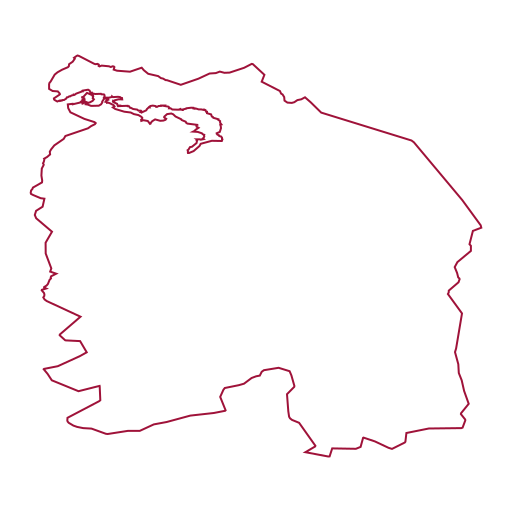 outline of Beiarn nor, Nordland, Norway
{"feature_id": "86288312B82396448317791", "entity_name": "Beiarn nor", "entity_type": "district", "adm_level": 2, "iso_a3": "NOR", "parent_name": "Norway", "parent_adm1": "Nordland", "projection": "natural_earth1", "projection_center": [14.512, 66.892], "detail": "fine", "context": "isolated", "style": "outline", "palette": "rose", "viewbox_px": 512, "rotation_deg": 0, "n_neighbors": 0, "source": "geoboundaries", "source_scale": "gbopen_adm2", "svg_char_len": 5822}
<svg xmlns="http://www.w3.org/2000/svg" viewBox="0 0 512 512"><path d="M481.3,227.7L480.7,225.3L462.2,200.0L413.9,142.3L411.5,140.5L321.2,112.6L310.6,102.2L305.0,97.3L301.3,99.3L297.4,100.1L294.3,102.2L291.8,102.9L287.4,102.6L284.5,100.6L284.2,97.1L282.6,94.5L281.1,93.6L279.9,91.0L261.7,81.7L264.4,74.8L252.8,64.1L251.7,63.9L244.1,67.8L229.6,72.6L224.4,72.8L219.8,71.6L215.8,73.1L209.6,73.5L198.4,78.7L180.8,84.8L167.0,80.2L165.6,80.1L163.1,78.6L160.9,78.1L158.2,76.1L148.2,73.8L143.8,70.2L141.7,67.7L130.0,71.7L117.0,70.7L113.7,69.6L114.4,67.1L113.8,66.5L112.6,66.3L110.8,67.0L109.0,66.3L101.7,65.6L99.5,66.4L98.6,65.9L98.8,64.6L97.6,63.9L95.4,64.2L94.2,63.8L79.1,56.0L77.6,55.5L76.7,55.9L74.0,57.8L74.8,58.7L72.7,61.7L69.1,64.2L68.8,66.3L67.9,67.2L62.1,69.7L57.5,72.3L54.7,74.6L50.6,81.6L49.5,82.8L49.1,84.2L49.1,88.9L52.6,91.0L57.8,91.4L59.7,93.5L59.9,94.2L59.3,94.8L53.9,98.4L54.1,99.5L54.8,100.1L57.3,101.5L59.4,100.6L60.3,100.5L60.3,100.9L62.1,100.5L62.3,100.1L64.0,100.0L66.2,98.6L66.8,97.4L68.0,97.2L69.3,96.3L70.1,96.4L71.5,95.5L73.8,95.0L73.8,94.6L74.6,94.8L76.2,93.6L81.4,91.7L81.6,91.3L82.8,91.3L82.8,90.6L88.1,89.7L89.6,90.6L90.5,92.7L91.9,92.7L91.9,93.3L95.2,94.0L101.0,93.8L101.4,94.3L103.9,94.4L104.5,95.1L104.6,96.3L104.0,97.4L105.2,97.7L108.9,97.7L112.2,96.9L112.2,96.5L113.0,97.1L118.0,96.8L120.1,97.1L120.9,97.8L122.0,98.0L122.2,99.4L118.5,99.3L114.8,100.3L114.4,101.1L113.1,100.7L112.9,101.5L113.3,102.1L117.1,103.8L117.7,105.6L119.4,105.6L119.0,106.1L127.6,105.8L127.7,106.2L128.9,106.2L130.2,107.9L131.0,107.9L133.1,109.0L137.2,109.6L138.5,110.7L140.9,110.7L141.6,111.4L141.0,112.0L141.8,112.0L141.8,112.4L146.3,110.3L146.9,109.1L148.7,107.4L149.6,107.4L149.3,106.8L150.4,106.0L152.8,105.6L155.7,106.1L156.1,106.9L157.0,106.9L158.6,106.0L161.1,105.9L161.1,105.5L164.4,105.5L164.0,105.9L168.5,106.7L169.2,107.5L169.0,108.3L170.6,108.3L172.3,109.5L178.5,109.7L180.1,109.1L180.1,109.6L182.6,109.5L182.6,110.0L183.0,110.0L183.8,109.2L186.1,108.7L186.3,108.3L191.2,107.7L193.3,107.8L193.3,108.3L194.6,108.3L194.6,108.7L196.2,108.6L198.7,109.4L201.2,109.4L204.5,110.1L204.5,109.7L205.5,110.1L206.2,111.8L207.0,111.8L207.0,113.2L211.1,114.4L211.8,116.5L213.0,117.1L213.3,117.8L218.2,119.2L218.0,119.6L220.1,121.1L220.1,122.7L221.2,124.2L220.4,124.2L220.2,124.8L220.6,125.2L221.0,128.1L219.8,131.9L215.9,133.6L216.8,133.6L217.4,134.6L219.1,135.4L219.3,136.1L221.1,136.5L222.0,137.7L222.0,139.2L222.4,139.4L221.8,141.0L211.8,140.8L200.7,143.8L199.5,146.0L193.6,151.1L189.0,153.0L187.1,152.9L188.2,152.6L187.6,150.2L188.4,149.7L190.0,147.1L191.9,146.8L196.5,143.1L197.0,140.9L196.6,140.3L197.4,139.7L196.8,139.3L200.0,139.3L200.7,139.7L203.7,139.1L202.9,138.4L203.7,137.7L204.3,136.4L204.0,135.3L204.2,134.8L202.8,134.3L201.9,133.3L197.7,131.9L193.2,131.6L194.6,130.9L195.5,129.8L198.5,127.8L196.6,126.7L196.3,125.5L196.8,125.2L196.6,125.1L196.8,124.8L187.4,123.6L186.2,122.8L185.7,121.7L181.6,120.0L181.3,119.3L175.5,116.5L173.2,114.3L171.3,113.5L167.1,114.1L164.4,116.5L164.1,117.1L164.6,117.8L166.2,118.8L165.5,119.8L163.3,120.6L160.2,120.8L155.1,119.4L152.2,121.2L150.9,122.7L150.6,123.6L150.0,123.9L147.8,121.0L143.4,120.2L141.3,120.9L141.1,119.8L142.1,118.8L142.3,117.9L141.5,116.9L138.5,115.1L133.9,114.1L130.7,112.5L124.3,111.7L115.3,109.0L112.9,107.4L114.5,106.4L113.7,105.2L110.0,103.3L108.0,102.6L107.1,102.8L107.1,102.3L105.5,101.8L106.4,100.5L108.4,99.7L108.2,99.1L107.1,99.1L107.3,98.5L103.9,98.5L103.7,99.4L102.2,101.6L102.3,102.4L101.1,104.3L98.8,105.7L91.1,105.9L87.8,104.6L85.9,104.3L86.7,103.2L85.5,102.4L83.0,103.4L83.1,103.0L82.5,102.9L83.0,101.9L84.7,101.4L88.2,102.8L89.8,102.4L92.6,100.9L93.9,99.3L92.7,98.2L93.1,97.0L92.8,96.6L93.2,96.1L93.0,95.5L87.0,92.9L83.5,96.7L81.3,97.5L83.8,97.4L83.2,97.6L84.2,98.3L83.4,99.1L83.8,99.4L83.0,99.6L83.3,99.9L82.5,100.5L84.1,100.5L84.9,101.2L83.0,101.8L82.1,101.3L80.3,102.5L72.7,104.3L72.6,103.8L67.8,104.4L68.2,108.1L70.4,112.3L84.4,118.9L94.5,122.1L95.7,123.1L94.9,124.2L91.1,126.1L88.0,128.3L65.4,136.0L63.7,138.9L54.3,145.4L51.1,149.4L49.8,151.7L50.1,154.4L47.1,157.0L44.1,158.7L44.4,159.2L43.8,161.8L43.0,163.3L43.7,164.5L43.6,165.1L41.8,168.5L41.4,175.5L42.2,180.6L42.0,182.4L32.9,187.6L32.5,188.8L31.1,190.5L30.7,192.8L31.0,193.9L33.3,195.1L40.7,198.2L44.4,198.7L42.6,206.7L36.1,210.8L34.8,215.0L36.2,218.3L52.0,231.7L45.6,242.7L45.7,253.5L51.3,268.4L50.2,271.6L56.2,273.7L51.1,276.3L50.7,277.4L51.0,278.4L49.6,279.8L47.9,284.0L46.6,285.5L44.1,287.1L44.1,287.5L46.2,288.5L41.9,289.8L41.7,290.3L44.0,293.0L44.4,294.3L44.3,295.9L43.3,297.4L44.6,299.5L46.8,301.1L80.5,316.7L59.8,334.5L59.7,335.3L65.1,340.2L65.8,340.4L80.1,341.1L86.7,352.3L79.9,356.1L57.8,366.2L44.0,368.9L43.7,369.2L47.6,373.9L51.8,380.3L78.5,391.2L97.1,386.5L99.6,385.9L99.7,386.4L100.3,400.2L99.3,401.1L67.5,417.8L67.3,420.4L67.6,421.5L68.7,422.8L73.4,425.6L77.1,426.9L83.1,428.1L91.5,428.6L105.9,433.8L107.7,434.0L127.7,430.9L139.7,430.9L153.8,424.4L166.7,422.0L190.3,415.6L213.8,413.0L225.1,410.8L225.6,410.3L220.2,396.9L223.4,389.8L224.8,388.0L238.7,385.2L244.0,383.7L251.6,378.0L256.1,376.3L259.8,375.6L261.7,371.8L263.9,370.2L278.6,367.8L289.6,371.2L291.4,375.4L294.4,386.0L294.2,386.9L287.0,394.2L288.3,411.3L289.1,416.7L290.0,418.3L292.0,419.9L299.1,422.8L315.4,445.8L315.1,446.5L305.4,452.2L328.2,456.5L329.6,456.4L332.2,448.4L355.9,448.8L360.6,446.9L363.1,437.8L363.5,437.6L374.9,441.4L388.5,447.8L392.0,448.9L404.8,442.5L405.4,441.7L406.4,433.0L428.8,428.5L461.4,428.1L462.6,427.6L465.3,420.4L465.2,419.5L460.9,414.1L461.0,413.3L468.7,403.8L464.1,390.9L461.7,380.3L458.8,373.0L458.3,364.2L455.0,352.1L456.1,348.5L462.0,313.4L447.9,294.0L448.7,292.5L448.8,290.6L458.5,282.3L459.6,279.2L459.4,278.5L458.2,277.4L457.1,273.0L454.7,267.1L457.4,262.1L470.9,250.9L470.9,245.8L469.5,244.2L472.9,230.9L481.3,227.7Z" fill="none" stroke="#9f1239" stroke-width="2"/></svg>